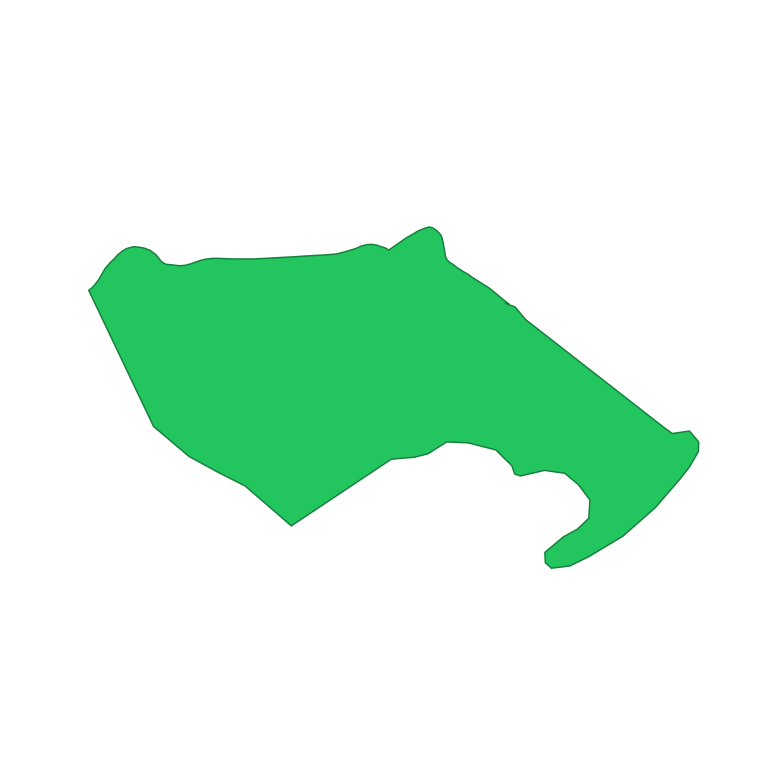 the district of Sauzay, Choiseul, Saint Lucia, rotated 50°
{"feature_id": "8701671B61982793358866", "entity_name": "Sauzay", "entity_type": "district", "adm_level": 2, "iso_a3": "LCA", "parent_name": "Saint Lucia", "parent_adm1": "Choiseul", "projection": "mercator", "projection_center": [-61.034, 13.778], "detail": "fine", "context": "isolated", "style": "filled", "palette": "green", "viewbox_px": 768, "rotation_deg": 50, "n_neighbors": 0, "source": "geoboundaries", "source_scale": "gbopen_adm2", "svg_char_len": 1622}
<svg xmlns="http://www.w3.org/2000/svg" viewBox="0 0 768 768"><g transform="rotate(50 384 384)"><path d="M600.0,196.9L425.8,234.1L409.1,234.1L400.0,239.5L402.1,237.1L398.6,237.9L392.6,239.1L388.4,239.8L383.4,240.7L378.4,241.7L374.4,242.9L371.6,243.9L367.0,245.3L358.3,248.1L354.6,248.9L348.8,251.0L341.6,253.3L336.8,254.2L333.6,255.4L329.5,255.9L325.9,255.0L322.4,252.8L318.6,250.7L313.9,247.9L308.8,245.4L306.8,244.9L305.4,244.6L300.5,245.0L295.9,246.3L294.6,247.1L292.6,248.7L290.7,253.2L289.1,258.0L288.4,260.6L288.0,264.4L287.4,267.1L287.0,269.6L286.3,273.7L284.5,294.3L281.3,295.2L276.4,298.2L277.9,297.5L273.5,300.0L269.4,303.3L266.3,307.4L263.7,312.7L262.3,317.9L259.8,323.9L257.0,330.2L254.0,336.6L250.6,341.4L248.9,344.0L239.4,356.6L228.3,371.7L217.1,386.6L205.1,402.7L190.7,419.8L180.5,431.0L177.3,434.9L174.0,440.0L171.7,444.4L170.2,448.3L167.4,455.6L165.2,460.1L161.9,464.7L156.1,470.2L152.1,474.1L147.5,475.8L142.5,475.7L138.3,475.6L131.4,477.2L126.5,479.9L122.9,482.7L118.0,487.3L114.7,494.3L114.0,499.1L113.9,504.9L114.6,509.2L115.0,515.4L116.3,523.5L120.6,535.3L122.1,541.7L122.5,544.8L122.7,546.2L122.5,548.8L122.5,550.0L268.4,587.8L314.3,579.9L345.4,567.7L372.9,555.9L433.1,546.2L446.3,426.7L459.6,407.8L465.7,395.2L468.7,373.2L483.0,357.5L506.4,340.7L528.8,338.6L537.0,341.7L542.1,338.6L553.3,316.6L568.6,302.9L585.9,299.8L605.2,300.8L618.5,313.4L619.5,329.1L616.4,344.9L616.4,369.0L624.6,375.3L632.7,374.2L642.9,358.5L648.0,337.5L654.1,298.7L653.1,255.7L647.0,218.0L643.9,203.3L637.8,186.5L630.7,180.2L616.4,180.2L607.3,194.9L600.0,196.9Z" fill="#22c55e" stroke="#15803d" stroke-width="1.5"/></g></svg>